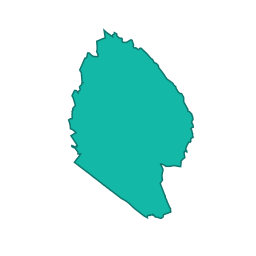 outline of Bilskas pag., Smiltenes, Latvia, rotated 54°
{"feature_id": "27541924B86975259147781", "entity_name": "Bilskas pag.", "entity_type": "district", "adm_level": 2, "iso_a3": "LVA", "parent_name": "Latvia", "parent_adm1": "Smiltenes", "projection": "equal_earth", "projection_center": [26.046, 57.482], "detail": "fine", "context": "isolated", "style": "filled", "palette": "teal", "viewbox_px": 256, "rotation_deg": 54, "n_neighbors": 0, "source": "geoboundaries", "source_scale": "gbopen_adm2", "svg_char_len": 5278}
<svg xmlns="http://www.w3.org/2000/svg" viewBox="0 0 256 256"><g transform="rotate(54 128 128)"><path d="M211.6,164.9L211.0,164.6L210.8,164.5L210.5,163.1L210.9,162.7L210.9,162.2L211.0,162.2L211.4,161.9L211.8,161.5L211.8,161.4L211.4,161.1L212.0,160.1L212.4,159.8L212.8,159.3L212.6,158.9L213.5,158.9L213.5,158.4L216.0,158.2L217.2,157.0L217.9,156.4L220.2,154.7L220.5,154.3L220.6,152.9L220.7,152.3L220.1,151.4L219.5,150.8L219.4,150.6L219.0,150.0L219.7,147.8L220.6,144.8L220.6,144.4L220.7,143.6L221.1,143.2L221.0,142.8L220.8,142.7L220.6,142.4L219.1,141.8L218.1,140.9L216.3,141.0L214.9,140.6L213.4,140.3L211.6,139.9L209.6,139.4L209.4,139.3L207.9,138.9L207.2,138.9L206.2,138.7L204.8,137.8L204.7,137.8L203.5,137.7L191.7,134.5L190.3,130.6L190.1,130.6L189.2,130.1L186.3,128.5L182.3,124.1L180.5,123.7L179.0,123.4L178.8,123.3L176.3,122.8L176.4,122.5L176.6,122.3L176.7,122.1L177.3,121.7L179.4,120.5L181.1,119.9L181.3,119.8L183.4,117.0L185.5,112.7L186.6,111.7L186.8,111.5L187.5,110.8L188.9,109.5L190.2,108.1L187.9,106.1L185.9,104.3L185.4,101.7L185.4,99.5L181.2,97.4L180.0,96.0L180.8,95.1L181.9,94.5L181.0,93.9L179.3,93.9L178.3,93.0L178.0,92.5L176.8,90.6L175.1,87.1L176.0,86.3L175.8,85.1L173.9,83.9L173.5,82.8L173.7,81.9L173.7,80.7L173.4,80.8L173.2,80.7L171.7,80.0L171.6,79.9L170.9,79.2L170.5,79.0L169.5,78.8L167.8,78.0L167.3,77.8L166.2,77.8L165.6,77.6L165.4,77.4L165.4,76.9L165.3,75.7L165.2,75.4L165.3,75.3L165.6,74.9L165.7,74.7L163.7,73.7L163.0,73.5L161.8,73.4L161.3,73.4L161.0,73.2L159.8,71.9L159.6,71.5L159.5,70.8L159.3,70.4L157.8,69.6L157.3,69.3L154.0,68.3L153.2,68.4L150.7,68.8L150.4,69.0L150.2,69.3L150.0,69.5L149.7,69.6L149.3,69.4L149.2,69.4L148.9,69.2L148.7,69.1L148.4,68.8L148.0,68.7L147.8,68.6L147.5,68.5L147.3,68.5L147.2,68.4L146.4,68.5L145.0,68.2L139.7,67.6L136.0,65.0L132.1,64.5L131.8,64.5L131.6,64.6L131.2,65.1L131.0,65.4L128.8,66.2L124.1,65.8L123.8,65.7L123.1,65.3L122.7,65.1L122.3,65.1L121.1,65.6L120.8,65.7L120.0,65.7L118.7,65.5L118.1,65.5L117.7,65.6L116.6,65.9L113.6,66.9L112.6,67.3L111.4,67.7L110.8,67.8L110.0,67.6L109.7,67.6L108.5,67.8L108.0,67.8L107.1,67.5L106.2,67.5L102.2,67.5L101.4,67.5L100.9,67.5L100.7,67.6L99.8,67.6L97.3,67.7L96.9,67.6L95.8,67.0L95.5,66.9L94.9,66.8L93.9,67.0L92.6,67.1L92.4,67.1L91.6,67.7L91.5,67.8L90.8,68.2L90.5,68.3L89.9,68.3L86.9,67.9L86.6,68.0L85.8,68.4L85.4,68.5L83.8,68.7L82.7,68.8L81.0,68.9L78.6,69.1L77.6,69.3L76.7,69.5L71.3,70.5L71.1,70.6L70.7,71.1L70.6,71.3L70.5,71.7L70.7,72.4L70.8,73.0L70.7,73.3L70.4,73.7L70.0,73.9L68.3,74.3L67.9,74.5L67.7,74.7L67.4,75.0L67.1,75.6L66.9,75.8L66.7,75.9L66.5,76.0L66.2,76.0L65.8,76.0L65.6,76.0L65.3,75.9L65.0,75.7L64.7,75.3L64.3,74.8L63.8,74.6L62.5,74.2L59.9,73.3L59.4,73.2L59.0,73.4L58.8,73.5L58.5,73.7L58.3,74.0L58.3,74.3L58.2,75.5L57.9,78.9L55.9,81.5L55.5,81.8L55.1,81.8L54.1,81.7L52.8,80.5L52.6,80.4L52.4,80.4L52.1,80.3L51.9,80.4L51.5,80.5L51.4,80.7L51.1,81.1L50.5,81.8L50.3,82.0L50.1,82.2L47.7,82.7L47.2,82.9L46.8,82.9L46.5,82.7L45.7,82.0L45.6,81.9L45.1,81.9L44.7,82.0L42.9,83.0L43.1,83.1L43.7,83.4L43.8,83.5L43.8,84.6L43.7,85.1L43.7,85.4L43.7,85.7L43.9,86.1L44.2,86.3L45.1,86.8L38.4,89.1L37.3,89.4L34.9,89.9L41.7,93.4L40.8,96.6L39.5,102.3L43.4,104.7L44.3,105.3L46.5,106.9L47.7,108.4L47.8,108.4L48.4,108.5L49.0,108.8L50.7,108.8L50.9,108.8L51.0,109.1L51.1,109.3L52.1,109.8L52.3,110.0L52.4,110.3L52.4,110.5L52.4,110.8L52.2,110.9L52.2,111.0L51.9,111.3L51.6,111.6L51.6,111.8L51.4,111.9L51.3,112.1L51.0,112.4L50.9,112.6L50.5,113.0L50.3,113.3L50.0,113.6L49.8,114.0L49.5,114.0L49.3,114.2L48.9,114.3L48.4,114.6L47.5,114.8L44.5,115.3L43.6,116.4L43.6,116.5L43.8,116.9L45.8,118.9L46.1,119.3L46.6,120.4L46.8,120.6L46.8,120.8L46.8,121.1L46.7,121.2L46.2,121.9L50.4,128.9L50.8,129.6L51.1,130.2L51.6,131.0L52.3,132.3L52.8,133.0L55.5,133.2L55.9,133.3L59.7,135.6L60.5,136.1L62.7,137.4L64.1,138.4L64.8,137.8L65.0,139.4L65.2,139.8L65.8,140.3L65.9,140.5L65.9,141.0L66.0,141.7L66.0,142.1L66.0,142.4L66.1,142.8L66.4,143.1L66.7,143.3L68.5,143.9L68.8,144.1L69.0,144.3L69.1,144.6L69.2,145.0L69.2,145.8L69.2,146.3L69.2,146.6L69.2,146.8L70.1,147.6L67.4,147.8L66.8,148.4L66.2,149.1L67.3,151.2L67.7,152.0L68.0,152.6L68.8,154.0L69.1,154.4L70.3,154.5L71.4,154.6L72.4,155.0L75.6,156.1L78.8,157.3L79.4,159.7L79.9,161.5L81.1,161.8L81.5,163.1L81.6,163.4L82.0,163.6L82.8,164.0L83.6,164.8L84.1,165.2L87.6,167.6L87.0,168.6L86.9,168.9L86.7,169.2L86.6,171.3L87.0,171.4L89.4,172.2L91.7,173.1L93.2,174.0L94.0,174.5L94.7,175.0L97.0,173.7L101.2,172.8L100.7,178.7L112.2,179.2L112.2,179.3L112.0,179.6L112.1,180.3L112.4,180.4L113.1,180.5L112.3,181.8L109.2,183.7L109.5,184.2L110.4,184.2L111.7,183.6L112.7,182.8L113.7,182.7L115.8,182.6L118.1,182.6L118.7,183.1L119.7,183.7L120.2,183.0L121.0,181.5L121.4,182.1L121.7,183.0L122.3,184.7L123.2,188.1L124.2,191.2L124.2,191.5L130.3,189.7L138.0,187.4L138.4,187.3L138.6,187.3L138.6,187.2L145.4,185.2L145.4,185.3L146.9,184.9L148.9,184.3L148.9,184.2L153.0,183.0L153.5,182.9L157.4,181.7L157.5,181.8L158.8,181.4L160.0,181.1L159.9,181.0L162.0,180.3L163.3,180.1L165.3,179.4L168.1,178.7L168.4,178.5L171.3,177.6L172.2,177.4L177.8,175.7L179.3,175.3L181.1,174.7L185.5,172.7L186.6,172.3L187.5,172.0L189.8,171.4L194.8,170.5L197.2,170.0L198.8,169.5L204.1,168.0L204.8,167.8L207.1,167.1L209.0,166.5L209.0,166.4L209.7,166.1L211.8,165.1L211.5,165.0L211.6,164.9Z" fill="#14b8a6" stroke="#0f766e" stroke-width="1.5"/></g></svg>